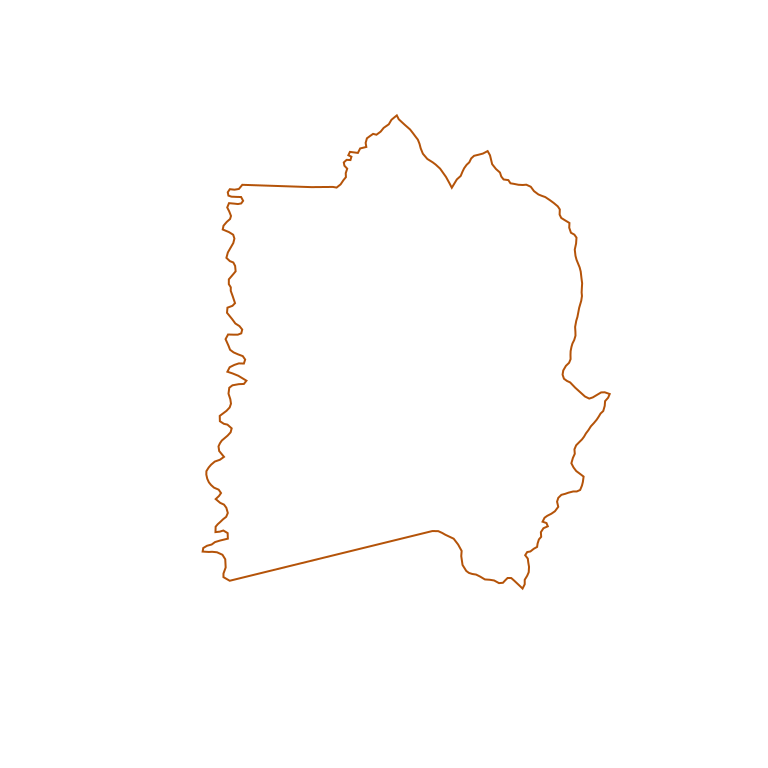 Denise, Mato Grosso, Brazil, rotated 148°
{"feature_id": "56859067B19812076642254", "entity_name": "Denise", "entity_type": "district", "adm_level": 2, "iso_a3": "BRA", "parent_name": "Brazil", "parent_adm1": "Mato Grosso", "projection": "orthographic", "projection_center": [-56.967, -14.723], "detail": "fine", "context": "isolated", "style": "outline", "palette": "amber", "viewbox_px": 768, "rotation_deg": 148, "n_neighbors": 0, "source": "geoboundaries", "source_scale": "gbopen_adm2", "svg_char_len": 4246}
<svg xmlns="http://www.w3.org/2000/svg" viewBox="0 0 768 768"><g transform="rotate(148 384 384)"><path d="M619.1,298.9L421.0,233.7L416.0,230.5L413.6,226.9L411.9,223.7L406.9,215.9L406.2,208.6L406.6,201.3L409.7,197.1L413.3,188.9L413.3,181.9L412.1,178.8L409.8,176.1L406.9,173.6L404.5,169.7L402.0,164.8L398.0,161.9L394.7,159.0L392.0,154.2L388.5,152.4L385.1,153.3L382.0,154.0L378.9,152.0L377.7,147.9L376.1,141.8L374.9,137.1L370.8,139.6L368.4,143.4L364.2,145.5L361.0,147.7L357.9,152.1L356.3,156.0L354.6,159.7L355.0,164.0L351.6,165.6L348.6,164.4L344.3,164.9L340.5,164.7L338.3,167.3L335.0,170.1L331.7,171.1L329.5,175.2L325.2,177.2L320.5,176.5L319.9,180.0L322.5,183.2L318.7,185.5L315.4,185.7L310.8,185.3L306.5,185.5L301.3,187.5L299.6,192.5L296.5,195.1L292.3,196.0L288.4,194.8L285.2,194.1L280.5,192.6L277.4,190.7L273.8,190.2L269.9,193.0L267.3,195.5L263.8,199.7L265.5,204.2L267.1,208.3L267.5,212.8L267.1,217.5L263.0,221.2L259.2,223.7L257.1,227.7L253.5,230.2L248.5,231.4L245.4,232.1L242.3,233.3L238.9,235.1L235.2,236.5L231.0,238.5L226.9,239.6L222.6,241.0L219.1,242.6L216.0,244.2L212.4,244.9L208.4,248.5L205.6,252.3L201.2,253.6L197.9,255.9L201.2,260.0L204.3,261.8L214.1,262.0L217.7,262.9L220.2,266.9L222.2,273.9L223.8,279.5L225.3,286.7L227.2,289.6L228.6,293.1L227.6,297.3L224.8,300.5L220.1,303.0L215.8,303.9L212.6,306.2L210.4,309.9L208.3,313.0L205.3,316.2L202.7,318.5L199.4,320.5L196.0,323.5L194.1,326.7L191.7,331.1L187.4,335.8L184.4,338.4L178.1,345.2L172.6,350.1L169.5,353.7L167.9,356.9L165.6,360.2L162.6,364.4L160.6,368.8L157.6,375.1L156.3,379.2L154.9,387.3L153.7,391.2L151.0,396.9L146.7,401.3L143.2,406.1L143.4,409.8L145.3,413.2L144.1,418.4L141.4,422.3L143.7,426.8L145.7,430.9L145.3,434.6L142.4,438.9L142.5,442.6L144.1,447.5L145.9,452.0L148.2,457.1L150.5,460.0L152.6,462.9L154.6,468.1L155.0,473.5L157.7,477.6L160.8,479.2L164.4,481.7L167.9,485.0L170.4,487.2L170.5,491.0L174.2,494.1L174.6,497.8L173.6,501.9L175.1,506.9L175.8,513.1L174.3,517.6L172.9,521.8L172.7,526.6L178.0,527.0L182.5,528.4L186.7,529.8L190.5,529.1L194.2,526.8L197.8,526.1L201.7,524.5L204.9,522.5L208.7,519.8L213.8,518.9L222.5,514.5L222.1,519.5L221.7,526.7L221.9,530.1L222.3,536.9L223.9,542.7L225.2,546.1L228.0,551.9L229.0,558.7L228.0,564.4L226.6,568.9L225.8,573.3L226.2,577.4L226.5,581.1L227.0,586.0L228.9,592.3L229.9,595.9L231.2,600.7L230.8,605.0L234.1,604.6L237.7,604.1L242.3,601.7L248.5,601.4L253.1,599.8L258.3,599.4L260.7,601.9L264.5,601.7L268.3,601.4L271.8,598.2L273.4,594.4L279.4,596.4L283.7,593.8L286.1,595.8L289.9,598.9L293.0,596.9L291.2,594.0L293.8,591.7L296.9,593.9L300.7,593.2L301.9,590.1L301.1,586.1L304.7,583.1L306.7,579.6L310.3,578.4L315.0,576.3L320.1,575.7L322.9,578.2L341.2,589.4L398.6,628.0L403.7,626.3L407.8,628.0L411.5,630.9L414.9,629.4L416.1,626.2L414.1,623.7L409.3,620.4L406.1,618.3L406.4,614.0L409.4,612.8L412.5,614.0L415.4,616.3L419.6,619.5L423.4,616.8L423.8,612.4L424.7,607.6L427.1,605.5L431.4,604.8L436.2,603.3L438.9,600.5L435.0,595.0L432.8,590.5L433.8,586.6L437.1,583.4L446.7,578.3L450.8,574.5L449.6,569.9L447.4,566.9L447.7,563.0L450.1,558.2L453.4,557.1L460.1,555.0L462.7,550.9L462.7,547.2L464.6,544.2L465.8,538.6L467.5,531.5L471.1,530.6L476.3,531.7L479.4,527.6L478.4,519.5L478.0,514.1L475.9,509.7L475.4,505.3L478.2,502.6L481.8,503.3L484.9,505.2L490.0,508.6L494.6,506.0L495.6,498.8L496.4,494.6L494.8,490.5L492.0,486.4L489.0,482.5L488.8,478.3L492.0,475.6L496.2,478.4L500.8,479.5L506.0,480.0L510.3,477.4L506.9,473.3L503.2,468.2L498.9,459.7L502.8,458.3L507.2,460.8L513.2,463.2L517.2,462.8L521.0,458.2L522.4,452.5L524.2,448.4L527.3,445.9L531.8,444.7L540.2,444.0L542.9,439.4L540.9,435.1L538.3,432.5L536.7,427.1L539.7,424.3L544.0,423.1L551.5,422.0L554.5,420.7L557.4,418.8L559.3,414.5L558.3,407.0L563.3,406.7L568.6,407.9L573.4,407.2L576.9,406.1L580.8,404.2L582.7,401.3L584.1,397.3L584.6,393.4L584.2,390.0L583.1,386.2L580.2,382.0L580.0,377.9L583.2,376.5L587.7,375.6L585.9,370.0L583.6,366.5L583.3,362.6L584.8,357.4L588.2,355.0L592.0,354.6L595.8,353.8L599.3,353.2L602.4,352.2L605.4,347.7L601.5,345.8L597.9,344.9L595.6,340.4L598.4,335.6L605.9,338.1L611.1,339.5L615.2,339.2L619.8,340.6L624.2,340.7L626.6,338.0L621.6,334.4L618.7,332.8L614.8,329.8L611.5,324.8L611.5,319.5L615.5,312.3L620.6,308.3L622.5,305.3L619.1,298.9Z" fill="none" stroke="#b45309" stroke-width="2"/></g></svg>